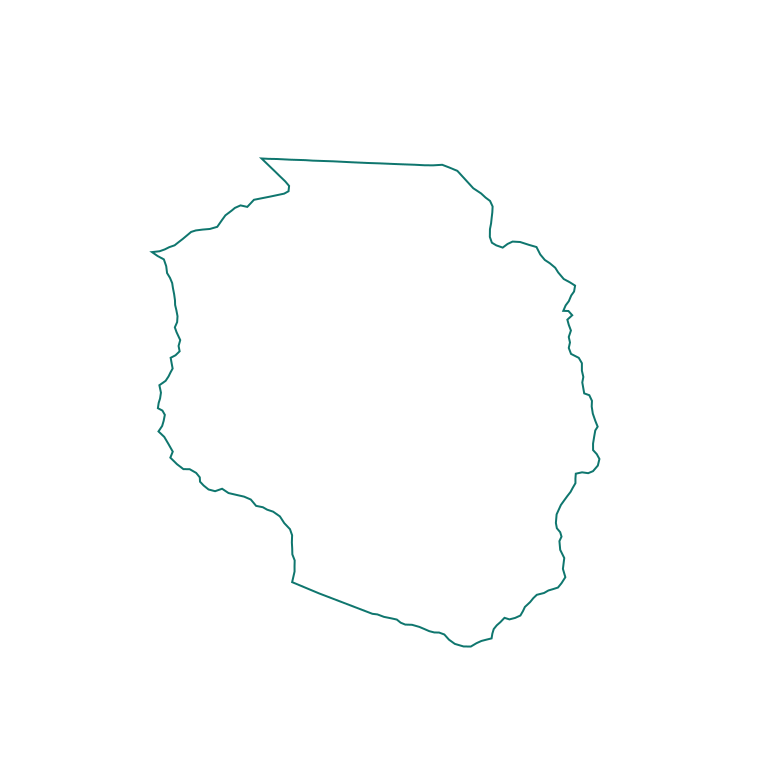 Ocara, Ceará, Brazil, rotated 309°
{"feature_id": "56859067B33853151624364", "entity_name": "Ocara", "entity_type": "district", "adm_level": 2, "iso_a3": "BRA", "parent_name": "Brazil", "parent_adm1": "Ceará", "projection": "natural_earth1", "projection_center": [-38.509, -4.524], "detail": "fine", "context": "isolated", "style": "outline", "palette": "teal", "viewbox_px": 768, "rotation_deg": 309, "n_neighbors": 0, "source": "geoboundaries", "source_scale": "gbopen_adm2", "svg_char_len": 3022}
<svg xmlns="http://www.w3.org/2000/svg" viewBox="0 0 768 768"><g transform="rotate(309 384 384)"><path d="M280.0,629.6L284.7,633.1L289.9,635.7L295.0,634.9L299.4,633.8L306.5,634.8L311.5,634.8L316.3,635.4L322.3,639.9L327.0,641.7L330.9,644.4L335.3,647.3L341.0,647.3L348.0,646.5L352.9,639.4L362.2,633.6L366.0,625.3L372.3,619.2L377.1,618.0L379.7,614.2L380.7,609.1L384.2,605.0L391.3,600.2L401.3,597.6L406.4,597.3L412.3,597.0L417.5,596.9L422.2,596.0L427.4,595.2L431.1,592.2L435.0,589.5L440.0,593.5L443.2,598.8L447.8,601.3L455.2,601.5L461.3,598.6L463.4,593.5L464.2,588.1L469.2,584.0L475.3,580.5L480.9,577.4L485.3,576.9L488.3,571.5L492.4,564.9L497.2,559.6L501.8,556.2L504.5,550.6L502.7,545.5L506.1,541.6L510.0,537.1L514.9,534.5L518.9,529.4L524.7,524.7L526.9,518.9L525.1,510.4L528.3,504.9L533.3,502.4L536.8,498.0L543.2,495.6L546.3,490.3L549.4,486.0L555.9,487.0L556.8,481.4L553.7,477.3L559.4,475.7L564.7,475.5L570.6,473.8L575.5,473.5L580.7,470.6L580.0,464.5L578.7,457.6L580.3,449.2L582.1,443.9L582.2,436.9L581.6,430.9L583.0,423.9L586.4,416.3L583.4,409.2L580.0,400.4L575.6,394.3L570.6,391.9L564.7,390.4L562.4,384.0L561.7,378.9L564.9,373.7L571.0,368.9L576.1,366.2L580.9,363.1L585.5,360.2L590.3,356.7L593.0,351.2L592.8,345.6L593.2,339.5L592.3,330.2L593.7,320.9L595.8,306.9L593.3,298.4L591.0,291.3L584.7,284.4L579.1,277.3L573.8,270.0L565.3,258.7L560.6,252.4L552.6,241.6L545.7,232.5L536.1,219.5L525.1,204.4L512.7,188.0L508.4,181.9L499.5,170.2L491.4,159.1L486.4,152.7L482.2,146.9L480.6,165.3L480.0,171.6L479.3,179.8L478.2,185.6L473.7,188.5L469.1,186.6L458.5,178.0L445.3,167.0L435.6,166.3L432.5,160.1L427.0,157.3L422.9,156.5L415.3,154.6L409.6,154.9L401.2,155.5L394.9,151.1L389.9,145.9L384.9,141.1L380.8,138.4L375.6,137.4L370.0,136.3L365.4,135.2L360.0,134.0L355.2,131.0L350.6,128.9L346.0,126.1L340.5,120.7L341.0,127.6L342.3,134.5L338.5,140.6L333.7,145.6L331.8,150.9L329.1,155.9L325.9,159.4L321.7,164.4L317.5,168.9L314.0,171.9L310.6,176.3L306.7,180.9L301.9,184.3L296.4,185.8L293.7,190.2L289.9,198.0L284.3,200.4L280.8,204.6L275.1,203.9L270.1,201.7L266.4,206.0L263.0,210.0L258.6,210.8L254.3,211.8L249.0,212.3L241.7,210.2L236.9,216.1L231.8,219.1L227.5,220.8L222.9,223.5L223.9,228.5L222.1,233.1L216.6,236.0L211.8,238.0L205.2,238.6L204.6,246.5L201.7,254.3L198.5,262.4L192.3,264.3L191.4,273.6L191.6,281.7L195.5,286.6L196.7,294.0L195.5,299.6L192.3,302.5L191.6,307.7L191.6,314.0L194.4,320.2L200.7,324.1L201.4,331.8L204.9,339.0L208.4,346.1L210.4,353.2L208.8,361.3L212.0,367.4L212.8,372.3L215.0,378.1L215.6,386.4L213.1,394.1L212.0,402.3L208.6,407.8L202.9,412.1L198.5,416.1L193.9,420.0L190.7,425.6L185.9,429.3L182.0,432.5L176.5,435.2L172.2,437.3L180.4,465.3L198.1,519.6L200.8,523.9L203.0,530.5L206.5,537.2L209.0,542.2L209.0,547.2L210.4,551.9L214.5,557.3L217.5,564.4L219.1,570.0L220.4,574.7L222.6,579.5L225.5,583.2L227.3,588.5L226.2,595.4L226.6,602.6L230.1,611.0L234.6,616.7L240.8,619.0L245.6,621.4L250.2,624.8L254.0,627.7L258.2,625.3L262.6,623.5L267.4,623.5L272.2,624.3L278.1,624.8L280.0,629.6Z" fill="none" stroke="#0f766e" stroke-width="2"/></g></svg>